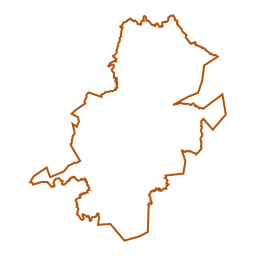 the district of Urique, Chihuahua, Mexico
{"feature_id": "50627088B80503012835519", "entity_name": "Urique", "entity_type": "district", "adm_level": 2, "iso_a3": "MEX", "parent_name": "Mexico", "parent_adm1": "Chihuahua", "projection": "albers", "projection_center": [-107.976, 27.219], "detail": "fine", "context": "isolated", "style": "outline", "palette": "amber", "viewbox_px": 256, "rotation_deg": 0, "n_neighbors": 0, "source": "geoboundaries", "source_scale": "gbopen_adm2", "svg_char_len": 5736}
<svg xmlns="http://www.w3.org/2000/svg" viewBox="0 0 256 256"><path d="M30.2,182.3L32.0,182.6L32.9,183.7L33.0,184.5L42.3,181.9L47.6,182.0L48.2,183.2L49.8,184.5L50.4,185.7L51.7,187.0L53.1,186.1L53.8,186.5L54.5,185.8L54.4,184.2L53.7,183.4L53.5,182.6L54.3,180.6L55.3,179.8L55.8,178.7L58.1,178.6L59.1,178.2L61.2,181.1L62.6,180.9L62.1,184.2L63.8,184.8L66.3,183.1L66.5,182.1L67.2,181.7L67.3,181.3L69.0,180.9L69.0,180.3L69.6,180.2L69.5,179.1L70.2,179.0L70.1,178.6L72.1,177.0L73.1,177.6L73.9,176.7L74.3,176.8L76.6,179.6L78.1,180.8L80.8,180.0L81.2,179.0L81.6,178.8L82.1,179.4L83.1,179.3L83.6,179.8L84.0,179.8L84.7,178.6L85.8,179.5L85.8,180.3L86.4,181.2L85.7,181.1L85.8,181.6L86.8,182.9L87.0,184.3L87.7,185.0L87.5,185.5L88.4,185.8L88.4,186.5L89.3,188.3L88.9,188.5L88.9,189.2L88.4,189.6L88.9,190.0L87.8,190.2L87.2,191.4L87.4,192.1L87.0,191.9L86.9,192.3L85.7,192.8L85.1,192.8L85.2,193.5L84.7,193.5L84.1,193.0L83.3,193.7L82.5,193.5L82.6,192.9L82.2,193.7L81.7,193.7L81.7,194.4L80.5,194.4L80.6,196.4L79.7,196.0L79.9,198.0L78.0,198.3L76.5,199.0L75.8,199.7L75.7,201.1L76.9,202.6L76.8,203.8L77.2,204.1L76.7,204.6L77.3,205.2L76.9,205.6L76.8,206.9L77.9,207.7L78.2,208.6L78.2,209.7L77.6,210.9L77.7,211.9L76.9,214.2L79.3,216.4L80.4,218.6L81.3,219.6L82.8,219.8L83.5,219.2L83.7,218.4L82.4,214.6L82.6,214.2L84.9,215.1L86.8,217.0L87.5,216.6L87.9,215.9L88.9,216.3L89.6,220.1L90.1,221.0L90.6,220.9L91.4,220.3L91.3,218.0L92.5,217.0L95.2,217.2L95.9,216.5L97.3,213.5L98.1,213.5L98.7,214.0L98.6,216.5L99.2,217.1L98.0,224.8L110.4,224.0L124.4,240.6L139.9,236.2L147.8,231.9L148.6,207.3L148.9,206.6L148.9,205.7L148.3,205.3L148.4,203.8L150.1,203.1L151.0,204.1L151.7,203.4L151.6,201.6L150.7,201.2L150.4,196.8L148.9,195.1L149.9,193.6L150.3,193.5L150.2,193.0L150.7,192.2L150.4,191.2L150.6,191.5L152.8,190.6L152.9,191.3L153.6,191.4L153.9,191.1L153.8,190.7L154.5,190.4L155.0,190.7L156.1,188.4L157.0,189.4L157.5,189.2L157.9,189.6L158.4,188.6L159.1,188.5L159.1,189.4L160.0,189.3L159.7,190.5L160.5,190.3L161.2,190.9L164.0,188.5L166.3,188.8L166.4,186.2L168.4,184.4L166.3,183.6L167.6,180.4L166.7,179.5L166.1,178.3L165.0,178.0L166.2,176.3L165.7,175.5L183.4,173.6L185.4,161.0L181.9,150.6L183.0,150.8L184.7,152.0L185.2,151.6L185.6,151.7L186.0,151.0L186.6,151.2L187.5,150.9L188.7,151.5L190.0,151.0L190.3,151.5L191.7,151.7L192.5,152.5L194.8,153.2L196.0,154.3L196.0,154.0L198.6,152.2L198.9,151.4L200.5,150.0L201.5,148.3L201.5,147.8L200.9,147.0L201.5,143.4L200.8,142.0L201.4,141.6L201.3,141.0L200.4,139.2L200.8,137.5L201.9,136.6L202.4,135.1L202.4,134.1L201.7,133.4L201.0,130.5L201.1,129.7L202.0,127.7L201.8,126.9L201.0,126.1L201.6,124.4L201.5,123.4L201.0,122.5L201.5,120.8L202.7,119.9L203.1,119.0L203.4,118.9L212.8,129.7L225.8,114.5L222.4,94.3L203.1,108.9L201.8,108.0L199.0,108.4L198.3,107.0L196.4,105.8L195.9,106.4L194.9,105.9L194.5,104.4L193.9,103.6L193.0,103.4L192.5,103.4L191.4,104.8L190.7,105.0L188.1,103.8L186.7,103.7L185.2,104.1L184.5,103.7L182.7,103.6L180.4,102.7L179.9,103.2L179.3,103.1L177.9,103.9L175.5,104.1L174.3,104.8L174.0,104.5L188.2,96.7L198.1,92.8L202.1,81.0L204.2,65.4L217.7,56.7L215.2,54.9L213.2,55.4L211.2,53.5L210.7,54.1L210.0,54.1L208.6,52.2L206.2,50.5L206.0,49.8L205.2,49.8L203.9,48.1L201.9,48.2L201.4,46.8L200.1,46.8L199.5,46.3L198.1,46.0L197.3,45.1L195.6,45.1L195.0,43.6L195.7,42.6L195.2,42.2L194.6,42.1L193.8,43.2L192.7,42.9L191.7,43.7L190.5,43.8L189.8,42.6L190.0,42.3L189.2,42.0L189.0,41.3L188.0,40.7L187.9,39.9L186.7,38.7L186.8,38.3L185.7,37.6L185.8,36.1L186.5,35.1L185.1,33.7L183.2,32.4L181.9,30.7L181.5,29.0L180.0,27.2L178.6,26.2L178.5,25.4L177.0,23.8L176.9,22.6L177.5,22.4L177.0,20.5L175.1,20.3L174.9,18.3L174.2,17.5L174.0,16.4L173.3,16.1L173.1,15.4L170.0,16.1L169.5,16.9L168.3,17.6L168.1,18.2L168.6,19.4L167.6,21.3L167.1,21.3L166.5,22.1L166.1,22.2L165.4,21.6L164.3,22.2L162.9,22.0L162.1,23.3L162.4,24.2L162.2,24.7L162.6,25.7L161.6,26.9L160.8,26.1L159.7,26.9L158.6,25.6L158.3,24.6L157.0,23.4L156.5,23.6L155.9,24.5L155.1,24.7L154.9,25.1L155.2,25.7L154.8,26.0L154.5,26.0L154.0,24.7L152.1,25.0L148.7,21.0L147.5,20.6L146.9,20.8L146.0,19.5L146.0,17.4L145.3,16.5L144.5,16.0L143.6,16.6L143.5,17.5L143.4,19.0L143.8,20.8L143.2,20.6L141.4,21.3L141.3,23.5L140.6,25.6L140.6,24.5L140.2,24.1L137.6,24.0L137.0,22.2L135.3,20.6L134.3,21.3L133.6,21.1L133.1,20.4L132.7,20.5L131.7,20.1L130.7,18.6L129.9,19.3L129.0,19.3L128.5,19.9L127.6,20.1L126.9,21.3L126.1,21.4L125.5,22.1L123.9,22.2L122.8,24.3L122.4,24.4L121.4,26.1L120.3,26.7L121.0,27.7L121.5,27.7L121.4,27.0L122.4,27.0L122.6,28.1L121.2,31.0L121.6,32.1L120.8,33.4L121.2,34.0L120.8,35.0L121.3,36.3L119.5,38.1L120.0,40.0L119.5,40.5L119.5,42.0L118.8,42.6L118.2,44.1L118.2,46.0L117.5,46.7L117.5,47.9L116.5,50.7L116.9,52.2L115.4,54.4L113.1,55.9L113.3,56.8L114.6,57.3L115.0,58.3L116.4,59.0L116.0,60.3L116.2,61.2L115.5,61.6L115.0,61.0L114.3,61.0L110.2,63.2L109.8,63.5L109.0,65.3L108.3,65.8L108.5,66.3L109.5,66.4L110.0,65.8L112.6,64.7L113.3,64.9L114.0,65.7L113.8,66.9L113.2,68.0L112.0,69.0L111.8,70.5L114.1,73.2L113.8,74.9L114.1,75.6L113.9,77.4L114.5,77.4L114.7,78.1L116.0,77.9L115.8,79.1L116.5,78.5L116.5,79.0L116.9,79.3L116.5,79.7L116.5,80.3L115.9,79.9L115.6,80.2L116.0,80.5L115.8,81.1L116.5,81.4L115.8,82.1L116.1,82.3L116.7,81.9L116.7,82.8L117.2,82.8L117.0,84.0L117.2,84.5L116.7,84.6L117.0,85.1L116.5,86.6L117.2,87.5L116.2,87.9L116.4,88.6L116.0,89.0L115.6,88.9L115.9,89.9L114.3,90.1L112.2,91.4L110.6,90.9L109.5,91.6L106.4,92.0L105.7,92.5L105.1,92.3L104.3,93.4L101.3,94.7L101.6,96.9L88.7,92.5L86.6,94.6L86.3,95.7L86.6,97.0L84.3,101.6L85.4,103.3L75.1,110.5L71.6,113.9L78.0,117.1L78.9,121.6L76.8,126.7L72.6,124.0L74.8,133.4L72.7,136.2L71.5,143.6L70.5,144.1L71.1,145.7L80.1,161.0L75.7,163.0L74.6,162.6L71.1,164.6L68.7,165.5L63.7,171.5L50.1,177.2L46.7,167.5L33.6,176.3L30.2,182.3Z" fill="none" stroke="#b45309" stroke-width="2"/></svg>